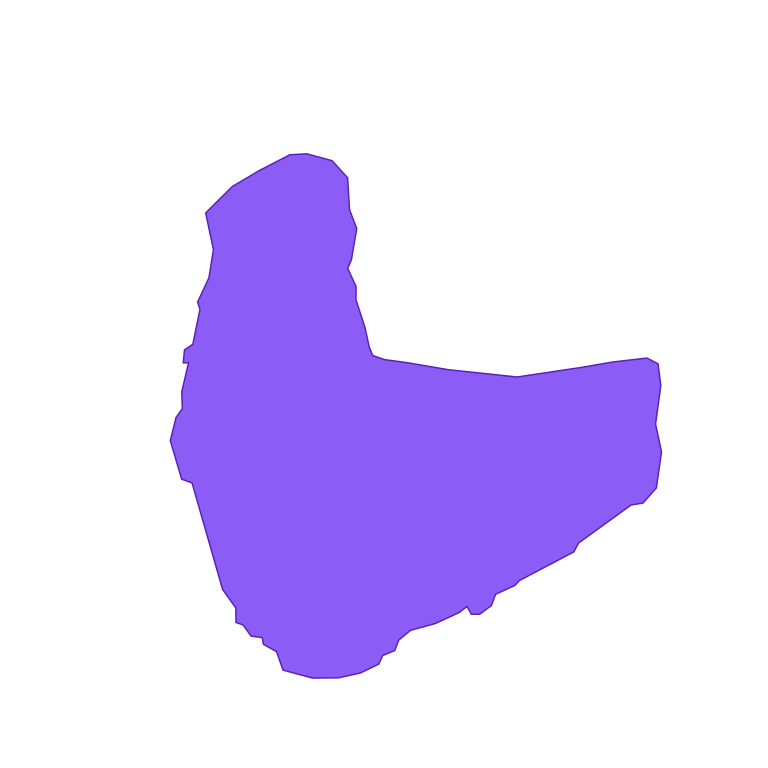 Fono, Federated States of Micronesia, rotated 240°
{"feature_id": "79324940B33522966184784", "entity_name": "Fono", "entity_type": "district", "adm_level": 2, "iso_a3": "FSM", "parent_name": "Federated States of Micronesia", "parent_adm1": "", "projection": "equal_earth", "projection_center": [151.881, 7.484], "detail": "fine", "context": "isolated", "style": "filled", "palette": "violet", "viewbox_px": 768, "rotation_deg": 240, "n_neighbors": 0, "source": "geoboundaries", "source_scale": "gbopen_adm2", "svg_char_len": 1047}
<svg xmlns="http://www.w3.org/2000/svg" viewBox="0 0 768 768"><g transform="rotate(240 384 384)"><path d="M136.8,351.8L138.4,366.1L146.1,375.5L144.1,396.5L146.1,403.2L143.7,464.5L149.0,473.0L155.7,537.5L151.4,548.7L157.8,567.9L186.3,590.3L213.6,599.2L244.1,622.9L264.4,631.4L275.0,624.7L289.0,592.3L299.6,563.4L323.6,502.6L364.2,446.9L391.2,414.3L405.0,396.5L414.3,388.5L423.1,389.6L442.2,395.7L471.1,401.9L482.2,408.5L502.3,410.4L508.0,418.0L532.2,438.1L552.2,441.3L580.8,455.6L603.3,450.7L621.9,432.3L629.6,417.1L631.2,383.1L630.9,351.4L621.3,315.1L585.7,303.5L563.5,285.5L548.2,263.6L540.5,261.8L514.0,238.3L513.3,228.3L502.7,220.7L500.1,225.3L478.4,205.0L463.5,197.0L459.0,187.2L441.8,170.6L402.7,161.2L394.3,168.3L286.8,141.5L264.1,143.7L251.5,136.6L245.8,141.5L232.2,142.8L225.2,151.8L219.0,149.4L205.9,157.1L186.7,153.5L165.1,175.0L152.4,197.4L145.5,219.3L144.1,239.5L149.5,247.1L147.8,260.1L154.8,268.6L157.4,283.8L150.9,308.7L148.5,334.8L149.8,344.6L140.9,344.5L136.8,351.8Z" fill="#8b5cf6" stroke="#5b21b6" stroke-width="1.5"/></g></svg>